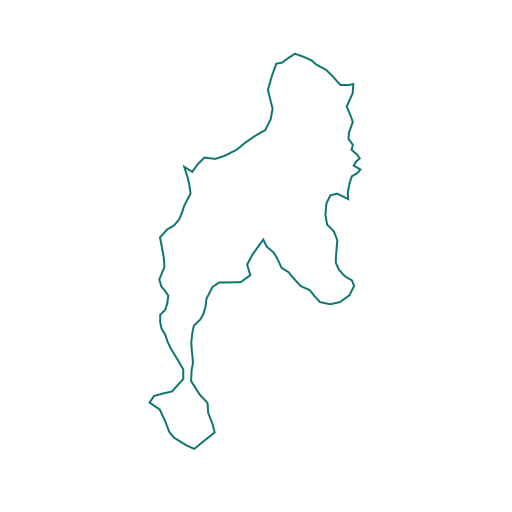 Epicho, Cyprus, rotated 24°
{"feature_id": "46923920B25776414767341", "entity_name": "Epicho", "entity_type": "district", "adm_level": 2, "iso_a3": "CYP", "parent_name": "Cyprus", "parent_adm1": "", "projection": "albers", "projection_center": [33.523, 35.225], "detail": "fine", "context": "isolated", "style": "outline", "palette": "teal", "viewbox_px": 512, "rotation_deg": 24, "n_neighbors": 0, "source": "geoboundaries", "source_scale": "gbopen_adm2", "svg_char_len": 1861}
<svg xmlns="http://www.w3.org/2000/svg" viewBox="0 0 512 512"><g transform="rotate(24 256 256)"><path d="M196.3,72.1L197.3,85.3L199.3,99.3L205.9,107.9L211.2,114.6L213.8,125.2L213.2,137.2L205.9,147.2L199.9,157.2L195.3,166.5L186.7,177.1L179.4,183.8L168.8,187.1L165.5,195.7L163.5,205.0L154.2,203.7L161.9,212.4L166.6,218.8L170.8,225.6L170.4,232.0L170.0,239.3L170.8,246.5L170.8,254.2L168.7,261.4L164.1,267.8L160.7,278.0L164.9,284.0L172.5,295.1L176.8,303.2L177.2,316.8L181.9,322.3L187.8,325.3L192.0,327.9L194.1,335.1L195.0,341.9L192.4,348.7L195.4,355.5L199.2,360.7L205.2,364.9L210.3,370.5L215.8,375.1L221.3,379.0L226.8,382.8L233.9,387.9L235.7,389.2L237.3,392.8L237.7,393.8L239.6,398.0L234.3,414.0L227.1,419.3L219.8,425.3L218.4,433.3L230.4,435.3L241.0,444.6L248.3,452.0L254.9,455.3L269.5,457.3L278.1,457.3L283.4,446.6L290.0,434.0L284.7,427.3L276.1,418.7L271.5,410.0L260.8,405.4L247.6,396.7L243.6,386.5L242.1,379.8L238.7,373.4L235.7,368.3L231.9,361.1L228.9,351.3L227.6,344.9L231.0,336.4L231.5,330.0L230.6,323.2L228.1,315.1L228.9,301.9L233.2,295.1L240.8,291.7L252.7,286.1L258.6,275.9L251.4,267.4L252.2,255.9L256.0,238.0L262.0,243.1L270.9,245.7L276.8,249.9L284.0,256.3L292.5,257.6L296.3,259.7L309.0,265.3L318.8,265.3L326.4,269.1L333.2,272.1L343.4,269.9L351.4,264.0L357.4,253.7L357.6,248.0L357.8,243.5L353.6,239.3L345.5,238.4L337.0,234.6L331.5,229.5L328.5,221.8L323.9,208.6L317.1,201.8L308.2,198.4L302.7,190.3L298.9,179.2L299.3,170.3L304.8,166.0L317.1,166.5L314.1,160.9L312.0,152.0L311.1,144.3L315.0,138.8L316.2,134.5L308.6,133.7L309.0,129.0L311.1,124.7L306.9,122.2L300.1,120.1L299.3,115.0L292.9,111.5L290.8,105.6L290.4,100.9L289.9,94.1L284.9,89.0L278.1,82.6L278.1,75.8L278.1,68.1L275.0,59.3L271.4,62.0L263.5,65.4L252.9,60.7L244.3,57.4L233.7,56.7L227.1,54.7L217.8,54.7L209.2,55.4L204.6,62.7L201.2,68.7L196.3,72.1Z" fill="none" stroke="#0f766e" stroke-width="2"/></g></svg>